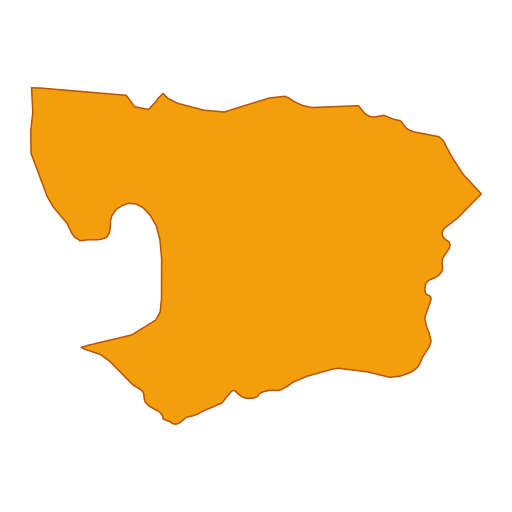 the border of Batdâmbâng
{"feature_id": "KHM-1778", "entity_name": "Batdâmbâng", "entity_type": "Province", "adm_level": 1, "iso_a3": "KHM", "parent_name": "Cambodia", "parent_adm1": "", "projection": "albers", "projection_center": [103.119, 12.947], "detail": "fine", "context": "isolated", "style": "filled", "palette": "amber", "viewbox_px": 512, "rotation_deg": 0, "n_neighbors": 0, "source": "natural_earth", "source_scale": "10m", "svg_char_len": 2311}
<svg xmlns="http://www.w3.org/2000/svg" viewBox="0 0 512 512"><path d="M163.1,419.0L162.6,415.6L159.1,411.6L149.2,406.3L145.1,401.8L144.3,399.3L143.8,394.1L142.7,391.5L140.5,389.5L132.9,384.9L109.7,361.3L100.6,354.6L83.3,348.7L81.5,347.3L88.0,345.3L131.7,334.9L155.7,320.1L160.1,312.1L161.5,299.0L161.6,258.4L159.9,239.5L156.3,226.0L150.5,215.7L143.3,207.9L136.1,204.0L128.7,203.3L122.3,205.5L116.2,209.5L112.0,215.5L110.5,220.6L110.4,226.6L109.3,233.3L106.5,237.4L101.4,239.2L97.3,239.8L88.0,239.8L80.0,240.8L80.0,240.5L74.9,237.4L71.8,233.3L67.0,223.4L53.3,207.0L47.2,196.5L31.3,154.0L31.0,153.2L30.7,131.2L32.8,112.2L31.6,88.6L31.6,87.8L40.0,88.0L126.2,95.3L134.6,106.7L146.5,109.1L149.0,109.1L155.7,101.8L158.2,98.2L163.1,93.5L168.2,98.5L177.9,103.4L204.0,110.2L224.3,112.0L228.6,110.6L268.9,98.1L284.2,96.3L287.9,97.5L294.6,101.8L302.8,105.6L311.9,107.5L358.5,105.7L364.3,112.9L366.7,114.7L369.3,116.2L373.8,117.1L383.8,115.3L394.2,119.5L398.8,120.3L400.3,120.9L401.8,122.2L405.4,127.2L407.4,128.9L410.0,130.4L414.5,132.0L438.8,136.7L443.2,140.5L451.5,156.3L463.1,174.3L481.3,193.9L457.6,218.0L445.1,227.7L443.8,229.1L442.6,230.9L442.0,233.3L442.8,236.3L444.3,238.4L445.6,239.6L447.5,240.9L449.3,242.4L450.1,245.0L449.3,248.3L444.1,255.8L442.5,258.7L442.2,262.4L442.2,264.3L442.6,266.9L442.5,269.4L441.6,271.9L439.1,274.9L437.0,276.5L435.1,277.6L428.9,280.2L427.9,281.1L426.4,282.8L425.3,285.6L424.8,289.9L425.5,292.9L427.0,294.7L429.3,295.6L430.0,296.1L430.5,296.7L430.8,297.5L431.0,298.6L431.0,299.1L430.8,300.3L424.9,317.3L425.1,319.7L426.9,327.8L428.9,332.2L430.9,340.1L431.0,341.3L430.8,342.7L428.8,347.6L422.5,357.2L421.8,358.8L421.7,359.4L418.8,365.5L416.8,367.9L413.9,370.4L408.9,373.2L400.0,376.2L389.3,377.3L368.2,372.0L338.7,368.3L332.5,369.1L306.9,376.3L293.5,381.9L286.6,386.7L281.2,389.7L277.8,390.4L269.1,390.4L263.2,391.8L260.7,392.9L259.4,393.7L258.3,395.6L257.6,396.3L256.2,397.1L254.1,397.9L251.0,398.3L248.6,398.4L246.5,398.2L244.8,397.9L241.2,396.5L237.0,392.9L235.2,391.0L234.6,390.5L232.8,390.7L231.6,391.2L225.7,398.1L222.3,402.6L219.9,404.0L203.5,410.8L197.8,414.1L193.3,415.7L190.2,416.5L187.3,416.9L185.1,418.3L179.5,422.9L177.4,423.9L175.5,424.2L174.1,424.0L172.9,423.7L172.2,423.3L171.7,423.0L170.4,421.9L163.1,419.0Z" fill="#f59e0b" stroke="#b45309" stroke-width="1.5"/></svg>